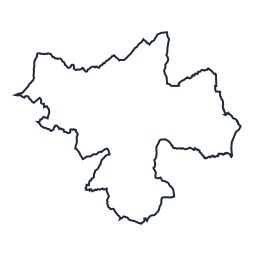 the district of Pujili, Cotopaxi, Ecuador
{"feature_id": "8360857B69808227880519", "entity_name": "Pujili", "entity_type": "district", "adm_level": 2, "iso_a3": "ECU", "parent_name": "Ecuador", "parent_adm1": "Cotopaxi", "projection": "equal_earth", "projection_center": [-78.915, -1.008], "detail": "fine", "context": "isolated", "style": "outline", "palette": "slate", "viewbox_px": 256, "rotation_deg": 0, "n_neighbors": 0, "source": "geoboundaries", "source_scale": "gbopen_adm2", "svg_char_len": 5730}
<svg xmlns="http://www.w3.org/2000/svg" viewBox="0 0 256 256"><path d="M174.2,196.5L173.3,189.8L171.6,187.1L170.1,186.2L168.2,182.9L165.1,181.3L162.3,180.7L160.5,177.5L157.9,178.4L156.3,178.0L155.4,177.3L155.4,175.6L155.9,172.5L153.4,168.0L154.8,166.7L155.2,165.2L155.1,163.4L154.3,160.0L155.7,158.4L156.4,155.8L156.6,152.6L156.3,148.5L156.6,146.5L158.6,143.0L159.6,140.4L160.9,139.6L165.6,139.4L169.0,141.5L170.7,143.7L171.5,145.3L172.0,145.3L172.7,146.0L172.9,147.5L174.5,148.3L175.4,148.0L176.8,148.7L180.1,148.2L181.0,148.8L182.8,148.2L184.7,149.1L186.2,149.2L190.1,147.7L193.0,149.2L193.6,149.9L194.4,149.7L194.9,148.3L195.5,149.0L196.6,149.2L197.2,150.0L198.0,149.5L198.9,150.5L199.5,150.5L199.8,152.2L201.2,153.4L201.9,154.7L203.1,155.5L203.9,157.3L204.6,157.3L204.8,158.0L205.3,157.8L205.6,158.3L206.7,158.2L208.7,156.8L210.0,156.7L210.3,157.2L211.2,156.2L212.8,156.5L213.1,155.7L214.8,157.0L216.4,156.0L217.8,156.3L218.0,155.3L218.5,155.2L218.6,153.9L219.0,153.6L220.3,154.0L221.9,153.6L222.8,154.6L223.3,154.2L223.8,154.5L224.9,153.4L225.7,153.6L225.7,153.0L226.2,152.8L227.1,152.9L229.6,154.1L230.4,155.1L230.8,156.4L231.4,156.9L232.0,155.6L231.3,148.6L231.8,142.2L235.4,133.2L236.6,131.3L238.5,130.1L239.3,129.0L240.6,126.2L240.4,125.7L239.2,125.1L238.7,124.5L238.6,123.8L238.0,123.2L237.9,122.1L237.5,122.0L237.6,121.5L237.0,121.2L236.9,120.4L235.4,119.1L233.0,118.2L231.6,115.8L229.7,114.3L229.1,114.2L228.8,113.6L228.4,113.7L228.2,112.9L227.4,113.5L227.0,113.3L226.2,113.6L225.7,115.1L224.6,114.6L225.2,114.4L225.5,113.7L225.0,112.3L224.3,111.6L223.8,109.4L223.3,109.4L222.7,106.1L222.9,105.3L223.2,105.0L223.0,102.0L222.4,100.0L221.2,98.8L221.1,97.5L220.3,96.1L220.0,93.8L220.1,91.8L215.9,91.5L215.2,89.6L215.2,86.7L215.0,86.1L216.3,86.0L216.0,75.5L215.7,74.0L215.3,73.7L214.9,74.2L213.9,73.6L211.8,71.1L208.2,68.4L207.4,69.8L206.3,69.6L204.3,70.6L202.6,69.8L201.7,70.0L200.1,71.6L198.2,71.9L198.1,72.9L197.2,74.1L196.1,73.4L194.8,74.0L194.5,75.4L193.7,75.8L192.8,75.1L192.0,75.9L191.7,77.2L190.0,78.4L189.3,78.0L188.0,78.2L187.4,77.9L187.2,77.4L183.7,80.1L181.7,80.8L178.7,83.4L178.6,84.0L179.2,85.0L179.2,85.5L178.6,85.9L171.4,85.9L169.3,84.1L167.1,83.7L166.6,76.9L164.8,73.7L164.1,70.4L165.5,67.3L165.2,64.7L167.5,61.8L168.2,59.7L167.8,57.4L166.4,55.1L167.3,52.5L167.4,48.1L169.0,38.9L167.4,36.2L167.0,32.3L161.4,32.8L157.3,34.6L156.5,36.5L155.5,37.6L154.5,39.7L153.6,40.7L151.8,41.4L149.4,44.6L148.1,43.2L147.6,43.3L146.7,42.6L146.1,42.0L146.1,41.6L144.8,40.4L143.8,40.1L143.4,39.4L141.1,42.6L139.2,43.6L136.7,47.1L134.9,48.0L131.2,53.2L124.5,59.8L122.1,60.1L120.6,59.8L119.2,60.4L117.9,58.8L115.2,56.6L114.8,55.9L113.8,55.3L113.2,56.1L111.9,56.3L111.1,57.5L108.2,60.0L106.1,61.1L104.8,62.9L104.3,63.3L103.3,63.1L102.3,64.9L100.3,65.6L99.0,67.8L97.9,67.5L96.8,66.6L96.1,66.5L95.7,67.1L95.1,67.0L94.9,67.3L93.9,66.6L92.3,66.7L90.9,67.4L89.0,69.0L88.0,69.4L87.4,70.2L87.3,71.2L86.7,71.6L85.9,71.6L84.9,70.8L83.7,69.3L83.7,68.5L82.5,67.9L81.9,68.2L81.5,69.1L79.0,69.7L77.7,69.5L76.0,70.1L73.8,68.6L74.0,67.4L73.8,66.0L73.5,65.0L72.9,64.7L71.5,65.0L70.6,66.9L69.5,67.8L67.8,67.7L65.9,65.3L64.9,64.8L64.7,63.5L63.9,62.1L62.4,61.4L61.4,59.3L60.2,58.6L58.7,58.5L57.8,58.9L56.0,58.3L55.1,58.4L54.1,57.2L52.5,57.0L51.3,54.6L50.5,53.9L47.8,53.4L47.0,54.0L46.1,53.7L44.3,54.2L43.9,53.9L40.5,53.8L39.9,53.3L37.7,53.4L37.0,54.5L36.9,56.8L36.4,57.3L35.4,59.5L34.7,60.0L34.7,61.2L34.3,62.0L34.3,66.3L33.8,68.4L33.9,71.9L33.5,75.8L34.0,78.0L33.3,79.9L30.1,83.5L29.5,83.7L28.8,84.8L28.5,85.9L22.2,93.0L20.7,93.1L19.8,94.0L18.8,93.6L15.4,95.0L17.5,95.4L19.7,95.2L20.9,95.7L21.4,95.6L22.1,96.7L24.3,97.7L25.4,96.2L27.4,96.1L28.5,96.8L29.3,98.7L30.5,99.5L32.0,101.6L33.8,102.8L39.6,97.9L40.3,98.3L41.2,100.0L40.9,102.7L42.0,103.7L43.9,103.8L44.0,106.8L44.5,106.4L45.4,106.8L46.1,106.2L46.9,106.3L48.1,108.5L48.9,109.2L49.3,112.1L47.6,118.4L45.9,117.4L44.5,117.4L43.4,116.9L41.6,119.3L40.4,119.3L39.4,121.9L37.6,121.9L39.6,123.7L41.1,126.0L44.0,127.8L45.7,127.9L47.1,128.8L49.4,129.3L50.9,130.9L51.5,130.8L53.4,129.5L53.9,127.6L54.7,127.0L55.1,125.7L56.9,125.6L57.7,126.7L58.6,127.2L59.0,128.8L59.6,129.1L60.3,128.5L61.4,128.7L61.9,129.5L63.4,129.4L63.9,130.0L63.8,131.3L64.0,131.7L66.7,132.2L67.5,132.9L68.1,133.0L68.9,133.0L70.2,132.4L70.2,130.0L70.7,129.3L72.3,129.8L73.5,129.2L74.5,129.9L75.8,129.8L75.9,131.8L76.9,132.6L77.8,134.1L76.7,137.0L76.9,141.9L75.2,148.6L76.9,149.3L79.4,152.8L80.5,155.4L81.7,156.9L82.8,159.1L84.3,158.4L86.5,156.6L90.8,156.3L93.3,154.3L96.2,154.3L97.7,153.3L98.1,152.5L100.6,151.7L101.2,152.0L104.9,149.3L107.1,148.6L107.9,149.3L108.8,151.5L109.6,154.4L107.4,154.8L105.1,156.3L104.2,157.6L101.7,160.0L100.4,163.9L100.4,164.7L99.6,165.3L98.3,168.0L96.8,169.8L95.5,170.4L95.0,171.0L94.9,172.6L94.3,173.0L93.9,175.0L94.1,175.9L93.7,177.4L91.8,178.6L91.1,180.3L90.2,180.3L89.8,180.7L89.3,181.9L88.8,185.2L86.7,184.7L86.4,185.3L86.4,186.9L86.1,187.7L85.6,187.9L85.5,188.5L85.9,188.9L86.2,189.8L86.7,189.5L87.9,190.0L89.5,189.4L89.8,190.6L91.0,189.4L92.3,191.2L93.3,190.4L94.4,190.6L95.1,189.6L96.2,190.1L96.9,189.9L97.7,189.1L99.8,189.6L101.9,189.0L102.5,188.5L104.0,189.6L105.7,188.8L106.8,188.7L106.7,190.8L107.9,194.0L108.8,195.6L108.5,197.5L107.2,199.6L107.0,200.4L107.6,201.6L107.3,202.8L107.3,204.1L108.0,205.4L108.2,206.8L108.9,207.3L110.6,209.1L113.0,208.8L114.0,209.3L114.8,211.3L117.5,214.7L119.5,216.5L120.2,217.8L119.8,219.2L122.5,217.6L123.4,216.5L123.9,216.5L127.4,217.6L129.5,220.0L134.6,221.1L139.4,223.3L140.5,223.2L141.3,223.7L144.5,220.9L144.3,218.5L145.6,218.3L147.0,220.8L148.5,217.8L150.8,215.6L154.6,215.0L158.5,210.8L159.9,206.0L161.0,204.3L161.3,203.3L161.4,199.3L162.0,197.9L162.7,197.5L164.6,197.2L170.8,197.5L174.2,196.5Z" fill="none" stroke="#1e293b" stroke-width="2"/></svg>